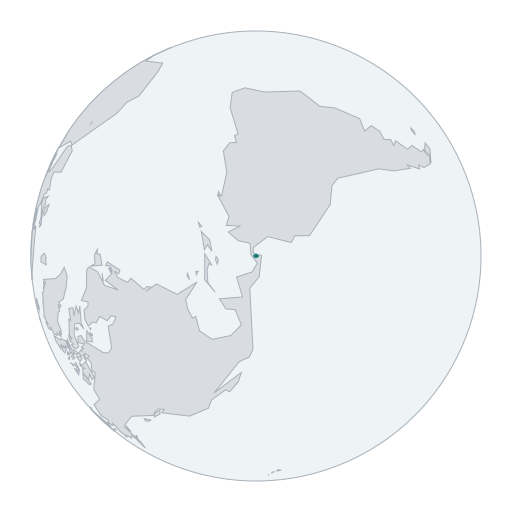 Coclé on an orthographic globe, rotated 246°
{"feature_id": "PAN-1336", "entity_name": "Coclé", "entity_type": "Province", "adm_level": 1, "iso_a3": "PAN", "parent_name": "Panama", "parent_adm1": "", "projection": "orthographic", "projection_center": [-80.432, 8.569], "detail": "fine", "context": "on_globe", "style": "filled", "palette": "teal", "viewbox_px": 512, "rotation_deg": 246, "n_neighbors": 0, "source": "natural_earth", "source_scale": "10m", "svg_char_len": 8298}
<svg xmlns="http://www.w3.org/2000/svg" viewBox="0 0 512 512"><g transform="rotate(246 256 256)"><circle cx="256" cy="256" r="225" fill="#eef3f6" stroke="#a8b0b8"/><path d="M264.8,257.0L259.4,254.6L254.2,261.3L235.8,250.5L229.1,237.2L172.2,215.4L166.3,208.6L166.3,197.7L148.0,162.2L155.6,195.3L148.3,188.7L142.7,176.8L146.1,174.0L142.7,157.0L136.3,150.6L136.7,130.3L151.2,106.0L153.1,109.8L156.3,104.1L154.2,99.4L151.9,97.8L160.2,77.3L155.3,67.8L146.6,70.3L154.2,66.1L132.8,75.2L125.5,76.8L138.1,71.9L142.9,69.2L140.1,68.3L144.4,65.4L145.5,63.6L150.9,60.5L157.8,58.7L161.4,56.9L159.3,56.4L163.3,53.6L165.9,54.4L173.1,49.7L186.1,47.5L188.7,54.9L200.3,53.6L214.7,61.7L217.8,59.3L225.3,61.9L231.6,60.3L232.5,63.0L236.8,59.6L234.8,57.5L236.0,55.5L239.6,54.6L241.3,57.6L239.8,58.5L242.1,58.9L241.5,60.9L243.8,59.4L245.5,63.6L249.1,58.3L254.9,60.7L254.5,63.8L247.7,64.9L229.8,77.2L227.4,81.9L230.8,86.8L251.9,92.4L252.0,97.5L257.3,103.4L260.4,99.5L257.4,93.7L264.4,88.6L259.9,82.8L262.1,80.2L260.2,74.3L268.0,73.9L276.5,77.0L278.5,82.1L282.3,83.9L286.4,78.4L295.9,88.2L312.2,95.7L313.9,98.8L306.2,104.9L290.9,105.6L281.0,116.2L295.0,108.4L298.8,117.4L302.6,118.8L306.8,118.2L308.3,114.6L311.2,117.8L298.4,126.0L295.6,123.2L299.7,120.4L292.5,121.1L284.0,128.0L286.6,132.7L270.9,140.1L272.5,143.8L270.0,147.9L268.4,141.3L271.0,153.7L253.0,168.4L256.2,191.5L244.8,173.9L235.8,172.1L225.0,172.7L225.3,176.4L210.6,173.9L197.7,182.1L193.6,200.6L199.1,214.7L215.4,215.1L220.0,207.0L231.8,205.2L224.0,227.0L244.7,229.7L243.0,246.0L249.1,254.3L259.3,251.9L270.0,255.7L277.3,246.0L289.2,240.4L289.8,253.6L296.1,241.3L302.9,247.4L326.4,245.8L324.7,249.0L344.6,263.5L365.3,268.9L370.1,278.2L367.7,284.3L374.7,285.4L374.8,289.3L402.0,292.7L415.1,300.8L414.2,314.2L402.2,330.7L388.9,363.3L366.7,375.3L359.4,388.0L339.3,406.6L326.1,406.1L328.2,414.3L319.6,419.8L310.5,420.5L307.6,426.4L300.9,426.7L304.4,430.3L291.9,437.9L293.5,443.6L283.9,449.3L285.3,452.4L282.2,452.4L278.6,453.6L277.8,455.4L269.2,452.6L268.5,445.4L272.9,441.5L268.9,440.9L278.3,430.7L273.4,432.9L277.4,417.1L285.7,403.4L293.8,362.4L289.5,354.1L272.8,344.7L252.8,313.2L258.6,299.9L254.0,293.7L269.0,274.5L264.8,257.0ZM49.9,191.9L51.5,186.8L51.5,190.1L49.9,191.9ZM51.8,183.6L51.4,185.3L51.6,183.9L51.8,183.6ZM51.5,182.5L51.7,183.3L51.3,182.9L51.5,182.5ZM50.9,181.7L51.3,181.9L51.2,182.1L50.9,181.7ZM255.3,199.5L279.0,210.1L265.9,211.9L268.3,209.7L262.3,205.2L251.1,201.2L239.4,204.0L255.3,199.5ZM50.8,178.9L50.8,178.1L51.3,177.7L50.8,178.9ZM265.2,186.3L261.1,185.6L265.1,185.3L265.2,186.3ZM150.2,97.7L153.7,99.7L154.1,105.4L150.7,103.9L150.2,97.7ZM150.1,88.1L152.9,87.8L149.0,93.1L148.6,91.5L150.1,88.1ZM139.4,73.1L141.4,73.6L138.0,74.2L139.4,73.1ZM144.7,63.9L142.8,64.8L144.2,63.5L144.7,63.9ZM256.1,75.0L258.1,74.7L257.4,75.9L256.1,75.0ZM253.4,73.0L251.2,74.7L249.5,74.0L251.0,72.9L253.4,73.0ZM153.7,57.8L156.5,55.8L154.8,57.5L153.7,57.8ZM256.6,71.1L246.9,72.6L244.1,71.4L247.2,66.6L256.6,71.1ZM158.9,54.5L165.7,50.4L162.0,51.8L176.3,46.1L165.8,51.0L164.3,52.7L162.4,52.9L158.9,54.5ZM232.6,57.3L234.9,59.4L229.7,58.6L232.6,57.3ZM229.0,57.4L211.2,59.0L209.6,55.9L215.9,55.8L211.2,52.9L219.1,50.5L223.5,51.6L223.0,53.9L226.4,51.3L229.0,57.4ZM183.0,43.9L185.7,42.9L184.2,43.7L183.0,43.9ZM236.1,54.7L232.7,55.1L231.0,52.3L237.6,51.1L236.0,52.3L236.1,54.7ZM206.1,53.6L206.0,51.6L212.4,49.1L213.3,48.0L219.2,50.2L206.1,53.6ZM238.2,52.5L241.0,50.6L245.0,51.2L239.4,54.2L238.2,52.5ZM227.8,52.3L227.4,51.0L229.8,51.2L227.8,52.3ZM260.8,53.1L256.8,53.1L255.6,51.6L260.8,53.1ZM241.8,49.9L240.4,49.7L239.5,49.3L242.1,48.2L241.8,49.9ZM223.3,48.5L226.0,48.0L221.2,47.4L225.8,45.8L228.9,47.7L229.5,46.3L230.9,45.8L231.9,48.0L223.3,48.5ZM241.9,46.0L247.5,48.5L255.3,48.4L256.6,49.6L243.8,49.6L241.9,46.0ZM236.0,46.9L240.0,46.5L239.5,48.0L236.5,49.2L236.0,46.9ZM227.8,44.2L219.9,46.1L219.5,45.7L227.8,44.2ZM244.3,45.6L242.9,45.0L244.9,45.4L244.3,45.6ZM233.0,44.2L230.3,44.8L229.9,44.3L233.0,44.2ZM242.4,43.6L244.2,44.3L242.2,45.0L242.4,43.6ZM238.2,43.6L238.3,42.8L240.4,44.8L237.0,43.9L238.2,43.6ZM233.1,43.6L231.9,43.5L234.3,43.4L233.1,43.6ZM248.9,40.8L252.1,43.3L247.7,44.7L245.2,42.0L248.9,40.8ZM283.1,458.4L269.7,453.7L277.4,455.8L284.0,453.0L290.5,456.5L283.1,458.4ZM301.8,450.8L308.7,448.9L310.0,449.7L305.6,451.2L301.8,450.8ZM419.1,100.6L412.9,95.0L417.6,99.7L424.2,106.1L426.1,108.3L426.1,108.2L432.4,115.9L427.6,110.0L417.0,100.5L419.5,106.6L432.9,128.4L432.2,132.2L426.9,130.9L411.8,112.0L415.0,105.8L409.7,100.1L400.2,94.1L402.0,93.1L398.6,90.2L398.9,88.1L390.8,79.6L389.9,77.4L378.3,69.3L376.3,67.3L383.7,72.5L388.4,75.3L385.0,71.4L381.9,69.2L374.7,64.5L390.5,75.3L405.3,87.3L419.1,100.6ZM370.9,62.2L368.1,60.6L367.1,60.0L370.9,62.2ZM363.1,57.8L363.9,58.4L355.4,54.0L347.2,50.1L344.8,49.1L358.1,55.7L363.1,58.4L366.9,60.2L380.9,69.0L383.8,71.6L370.4,63.9L373.1,67.1L361.5,60.6L332.6,45.0L324.9,41.7L326.8,42.1L345.3,49.2L363.1,57.8ZM181.8,43.3L179.1,44.3L179.6,44.1L183.5,42.8L176.3,46.1L162.0,51.8L161.6,51.7L153.0,56.0L153.1,55.6L152.8,55.7L167.1,49.0L181.8,43.3ZM481.2,263.7L481.2,260.8L481.0,243.9L480.5,238.1L480.2,241.6L479.0,234.7L478.3,235.7L470.2,249.2L464.4,241.5L449.8,214.2L448.9,200.6L443.0,186.9L432.2,133.1L436.3,133.3L435.1,120.9L436.1,121.5L443.2,131.7L446.1,135.2L454.7,149.8L462.1,164.9L468.3,180.6L473.4,196.8L477.2,213.2L479.8,229.9L481.1,246.8L481.2,263.7ZM443.4,157.7L445.5,161.9L443.4,157.7ZM327.1,245.6L330.0,248.0L326.3,248.3L327.1,245.6ZM264.3,217.3L269.2,217.5L271.8,219.4L268.1,220.2L264.3,217.3ZM305.3,216.2L310.8,217.1L305.1,218.4L305.3,216.2ZM282.7,211.4L300.8,216.0L289.7,220.2L278.3,217.6L286.1,216.2L282.7,211.4ZM263.2,193.9L266.4,194.7L265.5,197.1L263.2,193.9ZM268.1,186.3L266.9,186.5L265.2,184.6L268.1,186.3ZM299.6,116.9L300.7,116.4L305.1,116.5L303.2,118.1L299.6,116.9ZM322.9,109.0L327.1,114.5L322.9,111.4L321.1,114.2L310.2,111.7L314.1,100.3L314.3,105.7L322.9,109.0ZM296.6,106.2L303.1,108.4L295.8,106.5L296.6,106.2ZM379.1,78.9L382.1,79.6L386.1,83.1L387.2,87.8L381.4,82.6L379.1,78.9ZM385.3,80.1L371.7,72.2L370.4,69.6L373.5,72.3L374.0,71.3L379.0,75.5L391.1,81.5L395.5,85.1L395.2,90.6L392.9,86.5L390.1,85.8L385.3,80.1ZM339.1,62.6L333.2,60.8L338.2,57.2L343.1,59.5L344.6,63.7L339.6,63.7L339.1,62.6ZM263.9,63.1L261.3,63.8L260.8,62.8L262.6,61.4L263.9,63.1ZM259.0,53.2L274.6,59.4L272.5,60.4L284.2,63.7L283.1,67.7L275.5,65.3L283.4,71.3L276.1,70.8L282.1,74.7L265.4,68.9L259.2,69.2L266.5,67.2L267.8,63.4L266.4,61.8L258.0,57.8L245.2,57.3L244.3,54.0L247.1,51.8L250.1,51.4L249.7,53.5L253.9,51.5L255.6,54.4L259.0,53.2ZM280.6,37.2L278.9,38.3L287.7,37.7L289.4,39.3L290.3,39.2L294.3,40.7L300.8,42.5L300.5,43.3L303.2,43.7L305.9,45.0L309.4,45.9L310.2,47.9L314.5,49.3L312.4,49.5L319.7,51.6L314.7,51.0L317.7,53.0L321.0,52.5L316.9,63.9L319.1,70.3L323.7,76.2L314.4,75.3L304.2,69.5L294.9,62.3L294.1,56.8L290.1,57.7L288.5,55.5L292.4,55.7L285.5,54.2L285.3,52.5L277.0,48.1L267.2,47.7L263.9,46.4L267.6,45.7L261.8,45.0L266.5,43.0L264.3,42.2L266.8,39.8L275.2,39.5L272.0,38.7L273.7,37.2L280.6,37.2ZM249.9,40.1L259.5,38.7L265.2,39.2L258.6,43.3L259.9,44.3L255.9,47.7L247.7,47.2L249.6,46.2L249.6,45.2L252.1,45.7L250.0,44.5L252.6,43.3L251.7,42.1L255.1,41.9L249.9,40.1ZM433.0,117.1L433.0,116.8L432.0,115.4L436.0,120.5L433.0,117.1ZM426.1,110.6L425.5,109.4L430.6,115.2L430.6,115.8L426.1,110.6ZM420.7,104.1L425.0,108.9L422.7,106.6L420.7,104.1ZM382.7,71.4L381.5,70.2L383.1,71.1L385.7,73.1L382.7,71.4ZM307.0,38.1L305.1,38.1L303.7,37.7L296.5,36.8L294.6,35.8L298.2,36.0L307.0,38.1ZM303.7,36.9L301.0,36.6L301.8,36.4L303.7,36.9ZM292.9,35.2L293.0,34.8L293.5,35.6L292.9,35.2ZM283.1,32.5L286.8,33.0L286.1,33.1L283.1,32.5ZM184.3,43.2L185.6,43.0L183.1,43.8L184.3,43.2Z" fill="#d9dde1" stroke="#a8b0b8" stroke-width="1"/><path d="M257.5,256.7L257.4,256.8L257.2,256.9L256.9,257.0L256.6,257.1L256.4,257.1L256.2,257.0L255.9,257.4L255.8,257.8L255.7,257.8L255.4,257.7L255.2,257.7L255.1,257.8L255.0,257.7L254.8,257.6L254.9,257.3L255.0,257.1L254.9,256.9L254.7,256.5L254.6,256.3L254.6,256.2L254.8,255.9L255.0,255.7L255.0,255.4L255.1,255.2L255.3,255.2L255.5,255.2L255.6,254.9L255.6,254.6L256.0,254.7L256.1,254.8L256.3,254.8L256.4,254.7L256.7,254.5L256.8,254.4L256.9,254.2L257.0,254.2L257.0,254.3L257.1,254.5L257.0,254.8L257.0,255.0L257.1,255.3L257.2,255.7L257.3,255.8L257.3,256.1L257.3,256.4L257.4,256.5L257.5,256.7Z" fill="#14b8a6" stroke="#0f766e" stroke-width="1.5"/></g></svg>